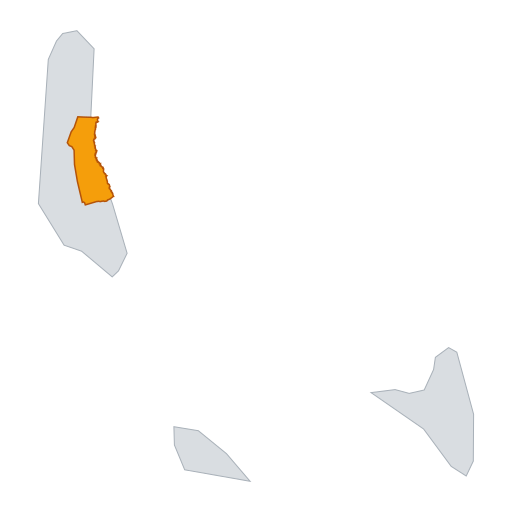 Oichili-Dimani, Andjazîdja, Comoros (highlighted)
{"feature_id": "10938185B16841428111903", "entity_name": "Oichili-Dimani", "entity_type": "district", "adm_level": 2, "iso_a3": "COM", "parent_name": "Comoros", "parent_adm1": "Andjazîdja", "projection": "equal_earth", "projection_center": [43.406, -11.657], "detail": "fine", "context": "in_parent", "style": "filled", "palette": "amber", "viewbox_px": 512, "rotation_deg": 0, "n_neighbors": 0, "source": "geoboundaries", "source_scale": "gbopen_adm2", "svg_char_len": 5052}
<svg xmlns="http://www.w3.org/2000/svg" viewBox="0 0 512 512"><path d="M118.5,270.9L112.2,276.9L81.6,251.2L64.1,245.2L38.4,203.6L48.3,59.4L56.5,41.0L62.7,33.5L76.9,30.7L94.1,48.8L89.6,141.5L112.5,203.9L127.1,253.3L118.5,270.9ZM456.8,352.2L473.6,414.3L473.3,461.1L466.2,476.0L451.2,466.4L423.6,429.0L371.0,392.6L395.1,389.6L409.2,393.4L424.2,390.0L433.6,369.5L435.4,357.3L448.6,347.6L456.8,352.2ZM226.5,453.7L250.1,481.3L184.7,469.8L174.4,445.0L173.9,426.7L198.3,430.7L226.5,453.7Z" fill="#d9dde1" stroke="#a8b0b8" stroke-width="1"/><path d="M77.8,116.8L74.2,127.5L71.2,131.8L67.3,142.7L69.3,145.6L71.8,146.6L74.1,150.2L74.5,164.5L77.4,181.5L82.3,202.3L82.7,202.1L83.4,202.0L83.6,202.1L84.5,202.7L84.7,202.9L84.8,203.2L84.9,203.6L85.1,204.3L85.3,204.9L96.8,201.5L97.6,201.5L98.0,201.4L98.3,201.3L100.3,201.6L100.7,201.6L101.9,201.2L102.4,201.2L103.4,201.0L103.6,201.0L104.2,201.4L106.1,201.2L106.8,201.0L107.2,200.6L107.4,200.1L107.7,199.8L107.9,199.7L108.4,199.8L109.1,199.3L109.5,199.1L109.8,199.1L112.2,197.3L113.4,196.3L113.5,196.3L113.4,196.1L113.3,195.8L113.2,195.5L113.0,195.1L112.9,194.9L112.7,193.6L112.5,193.4L112.6,193.2L112.4,192.9L112.4,193.0L112.2,193.0L112.1,192.5L111.9,192.5L111.7,192.1L111.6,191.8L111.1,191.6L111.1,191.3L111.3,190.8L111.0,190.7L111.0,190.4L110.2,189.5L110.2,189.3L110.0,189.2L109.8,188.8L109.7,188.7L109.6,188.8L109.3,188.6L109.3,188.0L109.5,187.6L109.5,187.4L109.4,187.3L109.8,186.9L109.6,186.8L109.5,186.7L109.6,186.3L109.6,185.9L109.3,184.7L108.8,184.2L108.6,184.2L108.4,184.1L108.3,183.8L108.1,183.7L107.7,183.7L107.5,183.4L107.4,183.0L107.4,182.3L107.3,181.0L107.1,180.8L107.0,180.4L106.9,180.4L106.9,180.1L106.9,179.9L106.8,179.5L106.6,179.3L106.5,178.7L106.1,177.7L106.2,177.2L106.3,177.0L106.5,176.6L106.5,176.4L106.4,176.3L106.5,175.9L106.4,175.9L106.5,175.8L106.3,175.8L106.4,175.6L106.1,175.2L105.9,175.2L105.9,174.8L105.9,174.7L105.7,174.3L105.5,174.2L105.4,173.9L104.9,173.9L104.9,173.7L104.5,173.2L104.4,173.0L104.2,173.0L104.1,172.9L103.9,172.6L103.8,172.3L103.7,172.2L103.4,171.6L103.4,171.3L103.5,170.7L103.5,170.4L103.5,169.9L103.5,169.7L103.7,169.2L103.7,168.9L103.6,168.7L103.2,168.5L103.2,168.3L102.9,168.3L103.0,168.0L102.9,167.9L103.0,167.7L102.8,167.6L102.8,167.1L102.6,167.0L102.4,167.1L101.7,166.8L101.6,166.7L101.3,166.5L101.2,166.1L100.9,165.7L100.7,165.7L100.8,165.5L100.6,165.4L100.8,165.3L100.8,165.2L100.7,165.1L100.6,164.9L100.5,164.7L100.5,164.4L100.5,164.2L100.4,164.3L100.2,163.8L99.9,163.7L99.5,163.9L99.4,163.9L99.4,163.7L99.4,163.4L99.2,163.1L99.3,162.8L99.2,162.8L99.0,162.7L98.8,162.4L98.6,162.0L98.2,162.3L97.7,162.1L97.4,162.0L97.3,161.7L97.5,161.6L97.5,161.4L97.5,160.8L97.3,160.7L97.5,160.6L97.3,160.6L97.1,160.5L97.2,160.4L97.1,160.1L96.9,160.0L96.9,159.8L96.5,159.9L96.4,159.6L96.5,159.6L96.4,159.6L96.3,159.2L96.5,159.0L96.4,158.9L96.5,158.5L96.3,158.4L96.5,158.1L96.3,158.1L95.9,157.4L95.6,157.1L95.4,157.5L95.3,157.4L95.4,156.9L95.5,157.0L95.4,156.5L95.5,156.3L95.4,156.1L95.4,155.8L95.0,155.4L95.0,155.2L95.3,155.0L95.2,154.7L95.3,154.6L95.1,154.4L95.1,154.2L95.4,154.1L95.5,154.0L95.6,153.8L95.7,153.7L95.4,153.2L95.5,153.0L95.7,152.9L95.8,152.7L95.9,152.8L95.9,152.6L96.0,152.3L96.2,152.5L96.3,152.3L96.3,152.2L96.4,151.9L96.6,151.8L96.6,151.6L96.4,151.6L96.5,151.4L96.4,151.4L96.5,151.1L96.4,151.1L96.2,151.0L96.1,150.9L96.2,150.5L96.3,150.4L96.0,150.3L96.1,150.2L95.9,149.7L95.7,149.7L95.7,149.2L95.5,148.7L95.4,148.5L95.1,148.2L94.9,147.9L95.0,147.6L95.3,147.5L95.3,147.4L95.2,147.0L95.2,146.6L95.1,146.4L95.1,146.1L94.9,146.0L95.0,145.9L94.7,145.8L94.8,145.6L94.7,145.5L94.6,145.2L94.6,144.9L94.5,144.6L94.6,144.3L94.5,144.2L94.4,143.5L94.3,143.4L94.2,143.0L94.2,142.8L94.3,142.8L94.4,142.7L94.1,142.4L94.1,142.0L93.9,142.0L93.8,141.8L93.9,141.6L94.0,141.6L93.7,141.1L93.6,140.8L93.5,140.6L93.5,140.4L93.8,140.1L93.8,139.9L94.0,139.8L93.9,139.6L93.8,139.3L94.1,139.0L94.3,139.0L94.7,138.8L95.1,138.7L95.1,138.3L95.3,138.2L95.5,138.0L95.4,137.7L95.5,137.7L95.6,137.8L95.8,137.7L95.8,137.4L95.5,137.3L95.7,137.2L95.6,136.8L95.3,136.6L95.0,136.7L95.0,136.3L95.0,136.2L94.9,136.1L95.0,136.0L94.9,135.9L95.0,135.8L95.0,135.6L94.9,135.7L95.1,135.6L95.2,135.4L94.9,135.3L94.9,135.2L94.7,135.2L94.6,134.4L94.4,134.1L94.5,133.8L94.7,133.6L94.7,133.4L94.8,132.8L94.7,132.6L94.7,132.3L94.7,132.2L94.8,131.8L94.7,131.6L94.9,131.4L94.9,130.7L95.0,130.4L95.1,130.0L95.4,129.7L95.3,129.4L95.4,129.2L95.4,128.7L95.4,128.4L95.4,128.2L95.4,127.8L95.6,127.8L95.6,127.7L95.7,127.4L95.5,127.2L95.8,126.9L95.7,126.7L95.9,126.7L95.8,126.4L95.9,126.2L95.7,126.2L95.7,125.8L95.6,125.7L95.7,125.4L95.7,125.2L95.9,124.5L95.9,124.2L96.0,123.9L95.8,123.4L95.8,123.2L96.1,122.7L96.1,122.3L96.4,122.3L96.5,122.1L96.8,122.1L97.1,122.1L97.4,122.1L97.3,121.9L97.4,122.0L97.5,121.9L97.6,121.7L97.6,121.4L97.7,121.2L97.8,121.2L97.5,120.9L97.6,120.6L97.6,120.2L97.4,119.6L97.4,119.1L97.7,118.9L97.9,118.5L97.9,118.4L97.8,118.2L98.0,117.9L98.4,117.9L98.3,117.6L98.4,117.4L98.2,117.3L98.0,117.0L92.8,117.6L91.3,117.3L84.1,117.1L77.8,116.8Z" fill="#f59e0b" stroke="#b45309" stroke-width="1.5"/></svg>